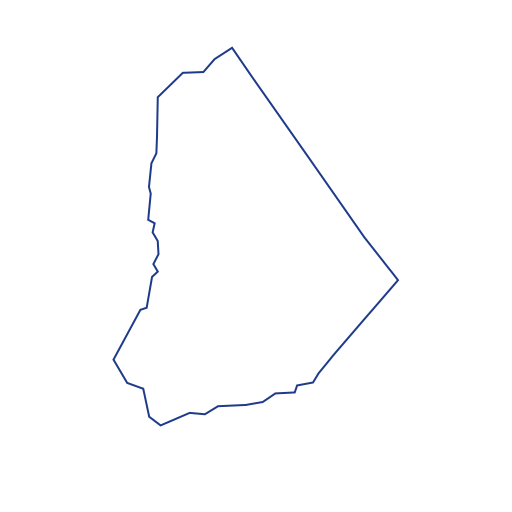 the district of Harnett, North Carolina, United States of America, rotated 108°
{"feature_id": "52423323B77740585629691", "entity_name": "Harnett", "entity_type": "district", "adm_level": 2, "iso_a3": "USA", "parent_name": "United States of America", "parent_adm1": "North Carolina", "projection": "equal_earth", "projection_center": [-78.826, 35.388], "detail": "fine", "context": "isolated", "style": "outline", "palette": "blue", "viewbox_px": 512, "rotation_deg": 108, "n_neighbors": 0, "source": "geoboundaries", "source_scale": "gbopen_adm2", "svg_char_len": 798}
<svg xmlns="http://www.w3.org/2000/svg" viewBox="0 0 512 512"><g transform="rotate(108 256 256)"><path d="M398.6,359.5L416.5,339.3L417.1,322.2L441.9,307.9L446.6,294.4L425.7,270.6L422.3,255.7L410.6,245.7L400.6,219.1L400.0,218.2L399.8,217.8L392.8,204.5L380.7,195.1L373.8,177.0L366.4,176.9L358.7,162.7L348.1,160.2L330.7,153.4L328.8,152.7L328.0,152.4L322.6,150.2L277.5,131.3L272.4,129.1L235.9,113.8L235.1,113.5L234.8,113.9L228.3,123.5L227.7,124.5L204.9,158.5L204.7,158.8L146.0,236.5L87.2,314.7L65.4,343.1L81.5,356.2L97.3,362.9L104.4,382.2L135.3,398.5L173.2,387.0L189.1,382.5L200.2,384.1L223.5,379.1L229.2,375.4L254.9,369.7L256.2,362.5L265.5,361.6L272.1,354.1L284.4,349.3L295.4,351.1L301.2,344.6L308.0,348.4L339.0,344.0L342.9,349.3L398.6,359.5Z" fill="none" stroke="#1e3a8a" stroke-width="2"/></g></svg>